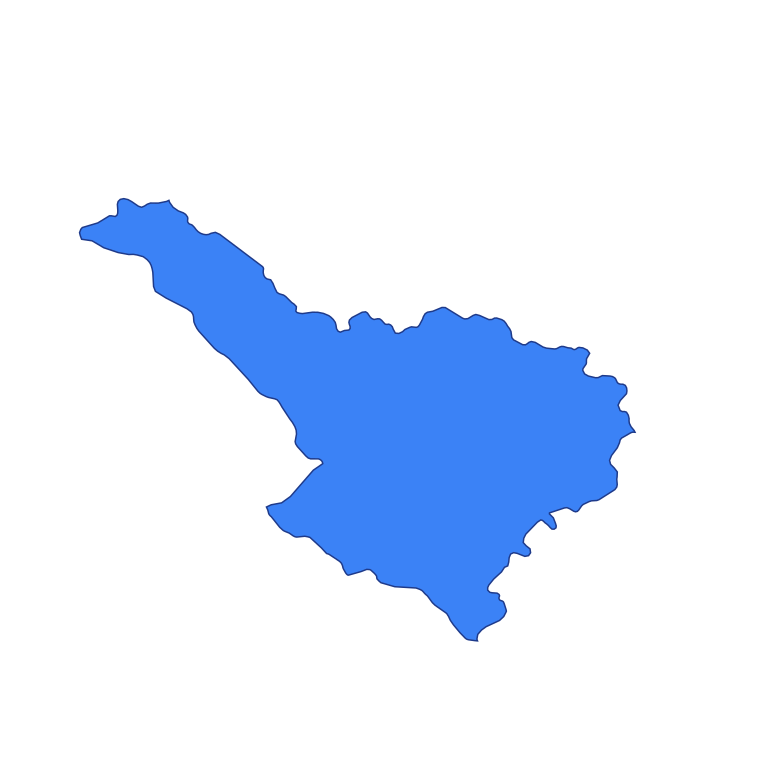 an SVG outline of Bayan-Ölgiy, rotated 157°
{"feature_id": "MNG-3208", "entity_name": "Bayan-Ölgiy", "entity_type": "Province", "adm_level": 1, "iso_a3": "MNG", "parent_name": "Mongolia", "parent_adm1": "", "projection": "albers", "projection_center": [89.851, 48.282], "detail": "fine", "context": "isolated", "style": "filled", "palette": "blue", "viewbox_px": 768, "rotation_deg": 157, "n_neighbors": 0, "source": "natural_earth", "source_scale": "10m", "svg_char_len": 5271}
<svg xmlns="http://www.w3.org/2000/svg" viewBox="0 0 768 768"><g transform="rotate(157 384 384)"><path d="M179.7,306.4L172.8,303.0L170.7,301.5L169.2,299.5L168.8,298.1L168.7,294.8L168.3,293.3L167.4,292.2L166.3,291.4L164.1,290.4L162.4,288.4L162.2,285.6L163.1,282.7L164.6,280.3L172.9,276.5L176.8,273.1L177.0,267.3L175.4,265.5L173.4,264.7L171.8,263.3L171.3,259.8L171.9,256.4L172.9,254.2L173.5,251.9L173.3,248.2L171.9,243.4L171.8,241.5L173.9,242.5L175.8,242.7L186.4,241.4L188.4,240.3L190.3,237.8L194.2,234.1L202.5,229.3L206.2,225.6L206.8,221.5L204.9,216.8L203.6,211.9L205.8,207.3L206.9,205.5L208.6,200.3L210.0,198.2L212.7,196.6L231.2,193.5L233.6,193.6L238.7,195.4L241.2,195.6L247.7,195.3L249.7,194.6L254.1,191.8L255.6,191.3L255.7,191.2L257.6,191.5L259.1,192.8L261.8,196.6L263.9,198.7L266.3,199.4L282.0,200.7L282.5,199.8L280.4,194.6L280.6,188.6L280.9,186.1L281.9,184.4L284.1,183.9L286.1,184.8L287.1,186.9L287.9,189.4L289.0,191.7L290.0,193.3L290.7,195.1L291.5,196.6L292.8,197.6L296.8,196.9L312.1,190.4L315.6,187.4L317.8,183.6L316.4,179.6L314.0,175.2L315.0,171.4L318.0,169.5L321.7,170.3L327.6,176.1L330.6,178.1L333.9,178.0L336.6,175.3L338.8,171.3L341.2,168.2L344.7,168.2L349.3,165.1L359.2,161.6L366.0,158.0L368.1,156.1L369.1,153.7L368.0,150.9L366.1,149.6L361.6,147.3L360.3,145.3L360.4,143.9L361.9,142.1L362.0,140.4L361.6,139.5L359.7,137.8L359.2,136.7L359.2,134.7L359.8,128.6L360.1,127.1L361.0,126.2L364.6,123.2L370.0,121.2L384.9,120.7L390.4,119.4L395.5,116.9L398.2,112.8L398.3,111.0L400.7,112.3L406.2,115.6L407.4,116.6L408.0,117.4L408.6,118.5L411.2,125.3L414.2,135.3L415.2,140.2L415.3,141.1L415.4,145.0L415.6,146.0L415.9,148.0L416.6,149.4L423.4,160.3L424.9,163.8L426.7,171.5L427.0,172.4L427.8,173.9L428.5,175.6L429.0,177.3L429.7,179.0L430.4,179.9L431.3,181.0L434.2,183.7L453.3,193.2L464.5,202.3L465.7,204.8L466.6,207.4L466.2,209.0L465.9,210.1L466.1,211.2L466.3,211.9L466.9,213.6L468.7,217.5L469.1,218.2L469.6,218.7L472.3,220.1L478.4,220.3L488.7,221.6L491.3,221.9L492.1,222.4L492.6,223.3L493.1,225.0L493.6,229.5L493.6,230.4L493.5,231.3L493.2,233.0L493.2,233.9L493.2,234.8L493.3,235.8L493.7,237.0L494.3,238.3L501.0,248.5L501.8,249.4L502.8,250.1L503.2,250.7L505.7,257.7L512.1,271.7L513.8,273.1L516.4,274.8L524.1,277.2L525.4,278.0L526.1,278.7L527.0,279.8L529.5,283.8L532.8,287.1L533.9,288.4L534.4,289.4L536.0,292.9L539.6,305.9L540.2,307.1L540.6,308.3L540.8,309.6L540.2,313.5L540.3,316.7L535.0,316.9L524.7,314.6L514.1,317.0L482.7,332.3L471.5,334.6L471.2,336.5L471.5,337.9L472.3,339.4L473.6,340.7L480.8,343.8L482.7,345.5L484.1,348.4L488.2,360.3L488.7,363.4L488.3,365.7L484.1,372.1L482.9,375.8L482.7,379.6L483.3,384.4L484.4,388.8L486.9,402.5L487.3,406.2L487.7,408.5L488.5,411.2L490.3,413.0L495.6,416.8L497.4,418.5L500.5,422.1L501.7,423.8L502.9,426.5L507.2,441.5L516.6,467.8L519.7,473.3L521.9,475.8L524.2,479.1L526.2,483.1L533.8,505.1L534.5,508.3L534.8,512.4L534.7,515.4L533.8,518.3L533.1,520.2L532.7,522.6L533.1,525.5L535.9,530.2L550.9,548.1L558.2,558.6L558.0,563.8L553.2,577.0L552.4,580.6L552.0,584.1L552.2,587.3L553.4,591.0L555.9,595.3L560.8,599.2L564.1,601.3L568.3,602.9L577.4,608.9L588.7,618.9L596.8,629.9L605.8,635.4L605.6,639.3L605.1,642.3L602.6,644.9L600.6,645.9L584.5,644.1L571.0,646.1L569.2,645.3L565.9,643.2L563.9,643.7L562.5,645.1L561.3,647.6L559.2,653.6L557.4,655.9L554.6,657.0L551.1,656.3L547.6,653.8L545.0,650.5L540.6,643.6L538.1,641.4L534.9,641.4L531.7,642.0L528.2,641.8L521.1,638.7L512.8,637.0L510.2,637.1L510.4,635.0L509.1,629.1L505.8,623.8L501.8,619.9L500.3,617.6L499.6,614.4L499.9,613.1L501.2,610.7L501.4,609.5L500.9,607.8L500.2,606.9L499.3,606.2L498.4,605.1L497.3,602.2L496.6,599.4L495.6,596.8L493.9,594.3L491.7,592.3L489.4,590.9L486.9,590.2L484.3,590.3L480.0,589.5L476.7,585.9L449.9,539.4L449.7,538.2L449.9,537.0L450.6,536.0L451.7,533.6L452.2,530.9L451.8,528.3L450.5,526.3L447.6,524.2L446.9,520.0L447.0,514.9L446.7,510.1L445.2,508.0L441.7,505.1L440.3,502.9L437.1,495.0L435.6,492.7L434.4,489.5L435.5,487.3L436.7,485.6L436.2,483.8L433.9,482.0L431.6,480.7L421.7,478.0L416.8,475.8L412.1,472.6L408.1,468.5L406.8,466.3L405.5,463.2L404.8,459.8L405.2,456.9L406.1,453.4L405.6,450.5L404.0,448.8L399.5,448.7L395.3,447.4L393.5,448.3L392.7,450.2L392.6,452.4L392.2,454.5L390.8,456.4L387.4,457.7L376.1,458.6L372.7,457.6L371.5,455.8L370.6,451.2L369.7,449.1L368.0,447.3L364.3,446.5L362.5,445.6L361.3,443.6L360.4,440.9L359.5,438.6L358.0,437.7L356.2,437.2L354.8,435.7L354.0,433.5L354.1,430.8L353.7,426.4L350.5,424.7L346.4,424.9L343.4,426.0L338.1,426.1L336.4,425.9L332.1,423.5L330.5,423.4L328.4,424.4L323.2,428.6L321.4,430.6L318.7,432.6L316.0,433.1L310.6,431.9L300.7,431.8L297.7,430.4L285.8,413.7L284.2,412.3L281.2,411.4L275.1,412.3L272.3,412.1L269.2,409.7L262.3,402.3L259.3,401.2L256.6,401.5L254.5,400.7L250.4,397.2L248.8,394.9L248.0,392.0L247.6,388.9L246.8,385.9L246.6,382.7L248.2,376.8L247.5,374.0L241.0,366.0L238.5,364.8L236.4,365.1L234.3,365.7L231.9,365.6L228.5,363.2L223.2,355.9L220.4,353.5L213.1,349.5L211.3,349.1L207.6,349.4L205.8,349.2L204.0,348.3L200.6,345.5L197.7,343.9L196.1,341.8L195.1,341.2L194.0,341.1L191.5,341.6L190.2,341.5L186.8,339.5L183.6,335.8L182.7,331.9L186.2,329.2L187.7,328.1L188.6,326.3L189.3,324.6L190.0,323.5L194.8,320.4L195.7,319.0L195.4,314.9L192.8,311.5L186.8,307.1L184.4,306.2L179.7,306.4Z" fill="#3b82f6" stroke="#1e3a8a" stroke-width="1.5"/></g></svg>